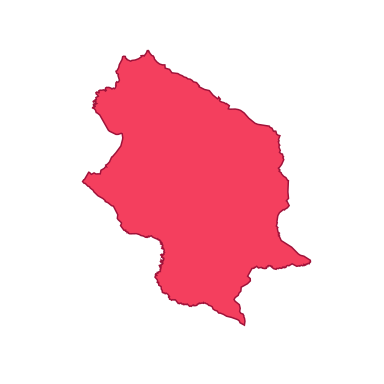 outline of Mueang Nakhon Ratchasima, Nakhon Ratchasima, Thailand, rotated 307°
{"feature_id": "78962969B83988834469907", "entity_name": "Mueang Nakhon Ratchasima", "entity_type": "district", "adm_level": 2, "iso_a3": "THA", "parent_name": "Thailand", "parent_adm1": "Nakhon Ratchasima", "projection": "natural_earth1", "projection_center": [102.052, 14.965], "detail": "fine", "context": "isolated", "style": "filled", "palette": "rose", "viewbox_px": 384, "rotation_deg": 307, "n_neighbors": 0, "source": "geoboundaries", "source_scale": "gbopen_adm2", "svg_char_len": 6027}
<svg xmlns="http://www.w3.org/2000/svg" viewBox="0 0 384 384"><g transform="rotate(307 192 192)"><path d="M278.0,71.2L275.4,71.9L271.8,71.9L271.7,70.9L270.2,69.4L269.8,70.3L266.4,69.2L263.2,67.2L260.9,64.8L259.6,64.3L258.6,60.2L259.1,59.7L259.0,58.4L260.1,57.2L259.4,55.8L258.3,55.2L255.8,56.4L250.0,57.3L247.2,58.6L243.7,59.1L242.7,58.6L241.5,60.4L241.7,62.3L240.4,62.9L237.7,66.7L235.9,67.1L234.9,66.7L234.8,65.6L233.3,65.6L232.0,66.6L231.4,66.7L231.2,67.5L228.8,68.1L227.9,68.0L227.6,66.6L226.5,66.3L226.0,65.7L226.2,64.8L225.5,62.6L224.6,61.7L224.4,61.0L223.1,60.4L221.7,61.1L221.6,62.3L220.6,62.2L220.5,60.1L218.3,58.0L218.1,57.3L216.7,56.7L215.4,58.0L214.9,57.5L214.7,55.9L213.5,55.5L212.6,56.6L212.6,58.3L212.1,59.5L209.6,58.4L208.5,59.8L207.3,59.1L206.5,59.6L205.4,58.6L204.7,58.7L204.6,59.4L206.6,60.6L205.1,61.6L205.3,62.7L203.8,62.0L204.0,61.2L202.9,60.5L202.3,60.7L201.8,61.6L202.6,62.3L202.0,63.2L201.1,62.3L200.5,62.8L199.7,61.8L199.3,62.0L199.7,63.7L199.4,65.5L197.8,67.7L198.1,68.9L198.0,72.0L191.0,88.1L190.9,89.6L192.3,96.7L193.5,98.3L196.2,100.1L196.5,101.2L193.6,104.1L191.8,105.1L185.9,107.5L177.7,107.6L172.1,107.2L171.6,106.8L166.4,108.0L163.3,107.7L161.5,106.9L160.7,108.4L160.5,107.8L157.9,107.6L154.6,106.2L151.3,107.8L148.6,104.4L148.3,102.3L145.5,101.0L145.9,98.4L145.6,97.6L137.3,98.6L136.6,98.2L134.5,98.3L134.0,100.6L134.6,101.5L134.0,105.4L134.5,106.9L133.9,108.5L133.9,111.9L133.1,113.6L132.4,119.1L133.2,124.9L132.9,127.9L132.2,128.4L132.9,131.4L132.7,135.9L133.4,137.8L129.2,146.4L126.0,148.2L125.5,149.6L125.0,154.1L124.0,154.8L122.2,155.1L120.5,160.6L121.5,162.0L120.7,162.5L121.2,164.6L120.6,164.7L121.2,165.6L120.8,166.2L121.2,167.5L125.3,172.7L126.4,175.7L126.5,177.3L127.6,179.7L127.9,182.0L128.4,182.9L128.9,182.8L129.1,183.8L130.4,183.7L130.3,184.7L131.1,184.8L132.6,186.0L132.3,187.5L132.8,190.0L133.5,192.7L134.0,192.8L133.5,193.8L134.2,194.9L133.7,195.2L133.9,196.6L133.2,197.6L132.9,197.3L132.8,197.9L133.3,198.3L133.1,198.9L132.4,199.1L132.3,198.4L131.7,198.3L131.7,199.0L132.4,199.4L131.9,199.9L132.1,200.3L131.8,200.8L130.3,201.6L129.9,201.2L129.6,202.3L128.8,202.0L128.8,202.5L129.8,203.1L128.6,205.0L127.3,205.5L127.2,206.4L126.2,206.3L125.3,207.0L124.2,205.9L124.3,206.6L124.0,206.8L123.3,206.1L123.9,205.3L122.9,205.0L122.7,206.4L121.7,207.0L122.3,207.6L121.5,208.9L122.1,209.2L121.7,209.8L120.0,210.4L119.7,209.7L118.9,209.4L119.1,208.3L118.6,208.7L117.6,208.5L117.3,209.1L117.9,209.3L117.7,209.9L118.2,210.5L117.6,210.7L117.7,211.6L116.6,211.8L116.0,211.0L115.1,211.1L113.8,210.2L113.7,210.8L114.6,211.3L114.5,211.9L113.6,211.5L113.3,212.2L112.8,211.6L112.2,213.1L111.1,213.1L110.9,213.8L109.7,214.0L109.4,214.5L108.5,213.6L107.2,213.3L106.7,212.1L106.6,213.5L105.0,212.8L104.8,212.3L104.1,212.5L104.0,214.0L103.1,213.2L101.7,213.7L101.0,217.2L99.6,218.6L99.0,218.5L98.9,219.3L99.6,219.8L97.6,221.5L97.9,224.2L95.9,226.0L95.3,227.7L94.2,228.4L94.1,229.8L94.6,230.0L94.8,230.9L94.6,231.8L95.6,232.2L95.8,234.2L95.0,236.7L94.3,236.3L93.8,236.7L93.7,237.9L92.9,238.6L93.4,239.9L93.3,240.9L94.6,241.5L94.9,242.7L95.4,242.8L95.9,243.7L94.7,248.1L95.3,248.5L95.3,249.2L96.7,250.0L96.5,251.5L97.2,252.3L97.0,252.7L97.5,252.9L97.3,253.5L98.3,254.1L98.5,255.1L99.6,255.5L99.3,258.9L100.0,259.4L100.2,260.2L101.9,260.7L102.2,261.5L102.5,261.4L102.5,262.2L103.0,262.4L103.5,263.4L104.7,264.1L105.5,263.8L106.7,264.7L106.9,264.4L107.7,264.7L108.2,266.0L109.3,266.7L110.0,268.1L110.5,267.9L110.4,268.4L111.3,269.3L111.3,270.5L111.8,271.5L111.6,273.8L112.2,274.9L112.5,277.2L111.2,279.3L111.4,281.8L112.1,283.4L111.4,286.2L112.3,287.5L113.2,290.7L113.6,294.4L115.6,298.9L117.5,305.1L117.6,307.1L116.5,309.1L117.2,314.0L120.6,312.1L122.8,309.9L123.4,308.6L124.3,308.0L125.2,306.2L124.5,303.9L125.3,301.9L128.1,300.5L130.5,297.6L130.7,292.2L131.4,290.3L133.7,290.0L137.3,291.1L139.4,290.4L142.2,290.7L145.6,288.6L152.1,291.5L156.1,292.1L157.9,290.6L158.2,287.1L167.0,285.9L168.4,287.4L169.3,287.2L169.7,287.8L171.6,288.4L171.3,290.8L173.5,292.7L173.5,293.8L173.9,294.1L173.7,294.5L174.7,296.3L175.8,297.3L176.6,296.6L178.1,297.7L178.9,297.1L179.6,297.7L179.8,298.8L180.3,299.0L180.1,300.1L180.5,300.1L180.7,300.7L180.0,301.2L179.9,303.4L180.9,305.7L182.0,305.7L182.9,307.2L184.1,307.6L184.7,309.2L185.7,309.8L186.3,309.6L186.4,310.1L187.1,310.4L187.0,311.1L187.7,311.1L187.9,312.0L188.6,312.3L189.7,312.0L191.0,312.7L191.4,313.8L194.9,315.2L195.7,320.4L197.8,322.2L197.7,322.7L199.3,323.4L199.8,325.0L200.7,325.2L200.9,325.7L201.5,325.1L202.0,326.7L202.5,326.4L203.3,326.7L203.5,327.3L204.4,327.4L205.3,328.8L206.4,328.2L206.5,328.6L207.5,328.7L208.7,327.6L208.1,320.0L206.7,316.7L206.5,314.3L207.9,304.8L206.9,292.5L209.1,288.5L209.1,287.6L210.1,287.8L210.4,286.3L211.7,286.5L211.8,284.7L214.3,282.0L215.2,282.0L215.5,279.9L218.9,278.5L219.0,277.9L224.7,274.8L228.1,274.3L232.9,275.5L233.4,276.7L234.2,276.6L236.7,277.7L239.6,277.8L241.6,273.8L241.7,272.7L245.0,272.9L249.8,268.5L259.1,262.1L258.8,261.4L260.0,258.3L259.7,255.7L260.3,252.7L261.0,251.7L261.1,249.0L262.5,249.0L262.8,246.9L263.3,246.6L264.0,247.0L267.9,247.0L273.1,245.8L274.1,244.0L275.2,243.9L275.4,243.0L276.7,241.4L276.2,240.5L276.3,238.0L278.3,237.5L280.0,234.6L281.5,233.7L282.2,233.9L282.5,232.7L284.3,230.6L285.2,230.8L286.0,229.5L289.9,228.3L289.2,226.7L289.1,224.8L291.0,222.4L290.5,221.4L289.9,221.3L289.6,220.4L291.1,217.5L290.6,215.3L291.1,214.1L285.6,203.8L284.8,200.9L285.1,192.9L286.5,186.1L286.4,181.8L285.7,179.4L284.3,176.7L281.0,172.5L280.3,170.9L283.4,169.9L283.3,166.1L282.8,165.9L282.6,163.6L281.7,161.6L281.4,159.8L281.9,158.7L283.2,158.7L283.8,156.2L282.5,156.6L281.8,156.3L282.0,150.5L283.4,144.8L281.4,140.3L280.3,134.2L281.1,134.0L282.1,129.8L280.8,126.7L281.2,125.1L281.0,122.6L279.8,120.5L280.0,118.7L279.1,116.5L279.0,114.1L278.3,111.8L278.1,109.4L275.1,104.2L276.4,100.3L274.8,96.0L277.2,93.8L275.8,92.0L274.7,89.1L274.7,85.8L275.5,82.1L276.4,81.1L277.3,79.3L276.8,77.7L277.4,75.0L278.5,72.7L278.0,72.8L278.3,71.6L278.0,71.2Z" fill="#f43f5e" stroke="#9f1239" stroke-width="1.5"/></g></svg>